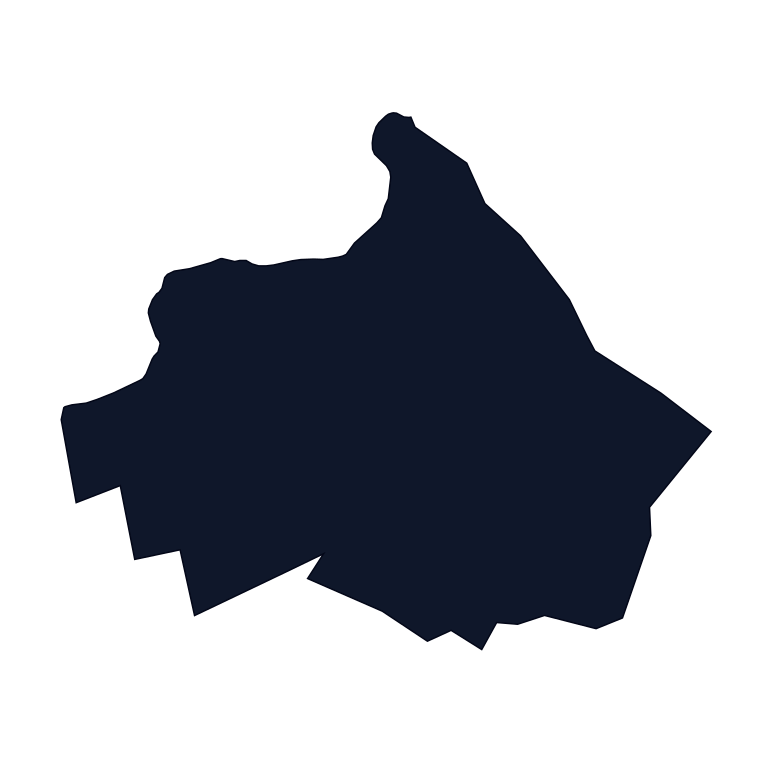 Hunterdon, New Jersey, United States of America (orthographic projection), rotated 87°
{"feature_id": "52423323B25129931119647", "entity_name": "Hunterdon", "entity_type": "district", "adm_level": 2, "iso_a3": "USA", "parent_name": "United States of America", "parent_adm1": "New Jersey", "projection": "orthographic", "projection_center": [-75.003, 40.564], "detail": "fine", "context": "isolated", "style": "filled", "palette": "ink", "viewbox_px": 768, "rotation_deg": 87, "n_neighbors": 0, "source": "geoboundaries", "source_scale": "gbopen_adm2", "svg_char_len": 1357}
<svg xmlns="http://www.w3.org/2000/svg" viewBox="0 0 768 768"><g transform="rotate(87 384 384)"><path d="M605.3,585.3L567.2,493.4L550.3,453.2L574.3,470.5L610.8,397.6L643.1,354.1L633.5,329.9L654.3,300.3L628.1,284.0L630.9,263.1L623.5,235.8L639.4,185.0L630.1,158.1L549.4,125.5L521.0,125.3L448.6,59.8L407.7,107.8L362.0,171.7L346.2,179.0L309.4,194.5L243.3,239.8L209.1,273.8L167.8,289.8L129.2,339.6L118.9,343.2L119.1,345.1L118.4,350.2L114.2,357.3L113.7,360.5L113.9,362.1L114.8,365.5L116.7,368.4L122.8,375.4L126.8,378.4L135.4,381.8L142.7,383.1L149.0,383.1L153.9,381.4L166.1,370.1L172.1,367.0L177.8,366.4L199.1,370.0L206.1,373.7L217.8,377.9L222.8,382.8L241.7,406.1L252.6,414.9L254.1,418.7L255.0,423.1L256.4,438.2L255.6,447.8L255.4,460.5L256.2,469.2L259.4,488.0L259.9,495.7L259.5,502.9L257.2,509.5L253.4,515.3L253.1,521.4L253.9,526.7L250.3,539.1L250.3,540.8L253.8,550.7L258.7,572.3L260.3,587.6L261.2,589.7L263.2,594.5L266.2,597.4L276.8,600.7L279.1,602.6L280.6,603.8L282.0,606.1L282.1,606.3L287.7,610.8L296.8,615.0L300.7,615.6L309.0,613.9L324.3,609.3L329.5,606.0L332.0,605.4L340.2,608.0L344.0,612.1L347.0,614.2L361.5,621.0L366.0,624.5L367.6,627.5L378.7,654.4L379.0,655.2L384.5,671.6L387.5,682.4L388.5,696.8L390.0,703.7L390.9,705.0L402.7,708.2L486.4,697.6L471.6,652.7L546.1,642.1L538.9,596.3L605.3,585.3Z" fill="#0f172a" stroke="#020617" stroke-width="1.5"/></g></svg>